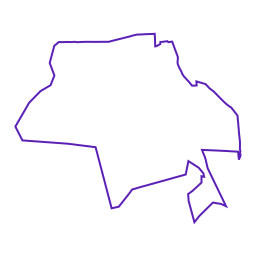 outline of Soledad Etla, Oaxaca, Mexico
{"feature_id": "50627088B55469637772228", "entity_name": "Soledad Etla", "entity_type": "district", "adm_level": 2, "iso_a3": "MEX", "parent_name": "Mexico", "parent_adm1": "Oaxaca", "projection": "equal_earth", "projection_center": [-96.818, 17.158], "detail": "fine", "context": "isolated", "style": "outline", "palette": "violet", "viewbox_px": 256, "rotation_deg": 0, "n_neighbors": 0, "source": "geoboundaries", "source_scale": "gbopen_adm2", "svg_char_len": 2171}
<svg xmlns="http://www.w3.org/2000/svg" viewBox="0 0 256 256"><path d="M132.1,189.5L134.3,188.9L139.6,187.3L166.1,180.0L171.0,178.6L173.4,177.9L178.2,176.6L178.5,176.5L183.6,175.1L185.7,174.5L187.5,165.6L188.4,161.1L198.8,167.8L203.4,173.4L204.1,176.8L201.5,176.2L201.5,182.6L192.5,190.9L188.1,194.1L188.7,201.2L194.4,222.2L199.4,215.9L212.9,202.6L220.9,203.9L224.5,205.5L226.0,206.2L222.5,198.9L216.1,185.7L211.8,176.8L207.6,168.1L205.4,158.5L205.0,157.5L204.8,156.9L203.1,152.7L202.0,149.9L218.5,150.6L226.1,151.0L238.1,151.7L238.9,159.7L239.2,158.9L240.4,155.9L240.5,155.6L240.6,155.3L240.3,154.9L240.2,154.3L240.3,153.7L240.1,153.2L240.1,152.6L240.2,152.0L240.4,151.4L240.3,150.8L240.1,150.3L240.0,149.2L239.9,148.7L239.9,148.0L240.0,142.3L239.5,137.5L239.0,133.1L238.9,131.9L238.7,128.9L238.4,126.1L238.3,125.0L238.3,123.8L237.9,120.5L237.5,115.6L233.1,109.9L231.1,107.4L229.9,106.8L228.1,105.4L226.3,104.0L224.1,102.0L221.5,99.4L219.7,97.6L217.8,95.7L216.4,94.2L213.6,91.4L209.5,88.3L205.6,84.1L196.4,81.4L196.5,83.0L196.6,83.6L196.6,84.0L196.6,85.5L192.1,85.7L189.6,82.6L188.1,80.9L187.2,80.0L186.8,79.6L186.3,79.0L184.7,77.2L184.2,76.8L184.0,76.6L183.4,75.6L183.2,75.3L182.6,74.4L182.3,74.0L182.1,73.5L181.6,72.2L181.5,71.8L180.1,69.2L179.3,67.7L179.1,67.3L178.4,65.6L178.2,65.1L177.9,64.4L177.7,63.6L177.6,63.1L177.6,62.7L177.6,61.7L177.6,60.7L177.8,59.3L177.9,58.0L177.8,57.2L177.8,56.9L175.3,50.1L172.2,41.6L168.3,42.2L167.4,41.2L162.8,41.8L160.4,42.0L160.2,44.1L157.4,45.6L156.6,46.1L155.8,46.3L155.2,46.4L155.0,38.6L154.7,33.8L153.6,33.9L147.9,34.1L146.6,34.1L145.2,34.2L142.4,34.4L139.8,34.5L137.2,34.5L131.8,35.8L131.6,35.9L130.0,36.4L125.5,37.5L123.8,37.9L122.8,38.2L113.6,40.5L110.8,41.2L110.1,41.4L109.8,41.5L108.7,41.8L106.4,41.8L101.4,41.8L97.5,41.9L93.4,41.9L87.2,41.8L85.9,41.9L83.1,41.9L81.1,42.0L78.8,42.1L76.6,42.1L74.7,41.8L72.3,42.0L70.5,42.1L68.8,42.0L67.1,42.0L65.7,42.0L63.8,42.1L62.3,42.1L60.8,42.1L58.9,42.0L54.3,45.8L49.7,62.9L54.4,75.5L50.6,85.2L40.5,91.1L29.1,102.8L15.4,126.5L15.6,127.0L22.4,140.4L67.6,143.7L95.6,147.2L110.5,204.0L111.6,208.3L118.8,206.7L129.9,192.6L132.1,189.5Z" fill="none" stroke="#5b21b6" stroke-width="2"/></svg>